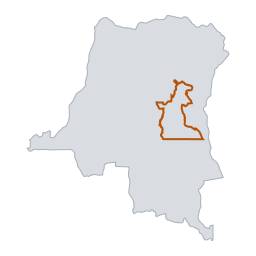 Maniema on a map of Democratic Republic of the Congo (Robinson projection)
{"feature_id": "COD-1895", "entity_name": "Maniema", "entity_type": "Province", "adm_level": 1, "iso_a3": "COD", "parent_name": "Democratic Republic of the Congo", "parent_adm1": "", "projection": "robinson", "projection_center": [26.456, -2.545], "detail": "fine", "context": "in_parent", "style": "outline", "palette": "amber", "viewbox_px": 256, "rotation_deg": 0, "n_neighbors": 0, "source": "natural_earth", "source_scale": "10m", "svg_char_len": 8467}
<svg xmlns="http://www.w3.org/2000/svg" viewBox="0 0 256 256"><path d="M223.2,177.5L203.6,181.0L204.0,182.3L203.9,183.6L203.3,184.6L201.3,187.3L198.4,189.9L198.4,190.5L199.9,193.3L200.8,197.2L200.5,203.9L200.9,205.8L200.9,207.2L199.9,208.8L197.9,217.0L199.2,220.9L203.1,224.6L205.3,227.4L209.1,228.4L209.7,228.2L210.0,225.9L213.0,225.1L213.0,239.6L212.7,240.5L212.2,240.6L211.5,240.2L211.2,238.8L210.4,238.2L206.7,240.0L205.8,239.9L204.7,239.6L204.0,238.9L203.8,237.8L201.2,233.5L199.9,233.2L198.4,229.4L192.6,226.6L190.4,226.4L189.2,225.5L188.0,222.5L186.1,220.6L185.6,218.4L185.3,218.1L184.1,218.6L183.0,222.0L181.7,222.8L179.3,222.9L173.3,221.9L169.0,220.1L167.9,220.2L166.2,218.7L165.5,216.0L165.9,214.0L165.5,213.7L159.0,215.4L157.4,216.4L155.9,216.2L155.5,215.6L156.1,214.2L155.8,212.7L155.3,212.0L153.4,211.5L152.8,209.9L151.6,209.6L151.2,209.9L150.9,211.0L150.2,211.3L146.3,210.8L142.2,212.2L136.8,211.9L134.2,213.6L133.8,213.5L133.2,212.6L132.7,209.9L133.0,209.1L133.8,208.6L134.1,207.5L133.8,204.6L134.0,203.9L133.7,202.3L132.9,199.7L131.7,197.5L129.3,194.3L128.8,192.8L129.0,189.2L129.8,183.5L129.7,179.3L128.6,176.5L128.4,173.6L129.1,168.2L128.4,166.9L116.0,166.5L115.5,166.1L115.2,165.4L115.8,162.2L108.2,163.0L106.0,163.6L104.6,164.9L104.1,166.5L104.1,168.8L103.0,171.0L102.6,174.8L100.5,175.2L98.5,175.2L94.4,174.4L90.5,175.5L88.6,176.5L87.6,176.0L84.0,176.4L83.6,176.1L79.5,168.7L77.7,166.3L77.3,165.0L77.5,163.9L77.0,162.4L75.1,158.6L74.7,156.8L74.8,154.1L74.6,153.1L72.9,150.7L71.7,150.0L70.5,149.5L50.2,149.9L43.5,149.4L38.6,149.7L36.1,149.5L35.5,149.2L33.2,149.7L32.1,150.7L30.3,151.2L29.2,151.0L27.1,148.3L30.0,147.8L30.2,147.5L30.3,140.9L29.5,140.0L31.1,138.9L33.5,136.0L35.9,135.0L36.3,134.4L36.8,134.4L37.7,135.6L39.7,137.2L42.3,135.8L42.6,135.4L42.9,132.6L43.6,132.4L44.7,133.0L45.3,133.0L46.4,132.2L49.7,130.7L50.7,132.5L49.8,134.2L50.2,135.3L50.3,137.1L50.8,137.5L53.4,137.7L54.2,137.3L59.3,130.8L60.7,130.1L62.9,127.5L65.7,126.4L67.0,124.3L68.6,120.7L69.4,115.5L69.1,106.5L69.3,105.3L72.8,101.2L76.3,93.8L78.7,91.9L80.6,91.1L83.3,88.4L85.6,85.7L85.3,82.5L85.8,79.8L87.0,76.3L87.4,72.7L87.0,68.8L87.2,65.7L88.8,60.7L89.0,55.0L90.5,50.1L93.4,44.0L94.8,39.5L94.6,35.0L95.0,31.7L94.8,29.7L94.3,28.0L94.6,27.0L95.7,26.5L97.1,24.8L99.6,20.4L102.3,18.3L104.2,17.6L106.2,17.6L107.4,18.0L109.5,19.8L111.9,21.2L113.6,22.9L115.4,25.6L119.6,26.2L121.4,27.1L122.5,27.5L122.9,27.2L123.8,27.4L125.7,28.2L127.3,27.7L135.1,29.5L136.0,28.6L138.2,24.0L139.8,22.4L142.5,22.3L144.6,23.1L145.7,23.2L155.2,19.2L156.5,19.0L159.9,19.9L162.2,19.3L163.1,19.5L165.1,18.8L166.7,16.0L168.0,15.4L181.7,18.4L183.8,16.9L184.8,16.7L187.9,17.8L188.8,19.5L190.6,21.0L192.0,23.4L194.0,24.7L195.0,26.0L196.2,26.9L198.7,27.2L201.9,25.0L204.1,25.3L206.4,26.5L207.2,26.4L208.9,25.1L209.8,23.8L210.6,23.5L212.0,24.1L213.0,25.3L214.0,27.2L217.4,31.3L220.8,33.1L221.6,35.6L222.8,35.4L223.4,35.6L224.3,37.2L224.9,37.6L225.0,38.2L224.2,39.7L223.4,42.6L224.4,44.4L223.6,47.0L223.1,49.7L224.2,50.3L225.6,50.3L226.9,51.7L227.9,51.9L228.9,53.4L228.7,54.6L225.4,58.9L220.5,64.3L218.8,64.9L218.0,65.9L217.4,67.4L215.9,68.8L214.8,69.3L214.7,73.1L213.1,77.1L212.4,77.9L211.5,84.4L211.7,85.6L210.8,90.9L210.9,95.8L208.5,97.3L206.9,99.8L206.2,101.5L206.2,105.5L203.5,107.9L203.3,108.5L204.0,111.3L205.0,111.8L205.0,112.7L207.2,115.8L207.0,125.2L207.2,126.1L208.3,128.3L209.1,132.5L208.2,137.9L211.2,147.8L209.8,151.5L210.5,154.9L212.3,158.6L216.5,162.1L217.6,163.6L218.6,165.6L219.6,168.7L223.2,177.5Z" fill="#d9dde1" stroke="#a8b0b8" stroke-width="1"/><path d="M159.7,108.8L159.5,108.7L159.3,108.5L159.0,108.1L158.0,105.9L157.0,104.4L156.9,104.0L156.7,103.3L156.6,102.4L160.7,102.6L161.2,102.5L162.3,102.4L162.5,102.4L162.5,102.5L163.1,102.9L163.2,103.0L163.2,103.4L163.2,103.5L163.0,103.8L163.0,104.0L163.4,104.3L163.6,104.4L163.9,104.4L164.4,104.5L164.9,104.5L165.4,104.3L165.8,104.1L167.6,101.9L168.0,101.6L168.3,101.4L168.6,101.3L168.8,101.3L169.0,101.3L169.5,101.6L169.8,101.6L170.0,101.6L170.5,101.5L171.0,101.4L171.3,101.0L171.3,100.7L171.3,99.7L171.4,99.4L171.6,98.7L171.6,98.4L171.5,97.9L171.5,96.3L171.5,95.8L171.8,96.2L172.0,96.5L172.3,96.7L172.3,96.9L172.7,97.0L172.9,97.0L173.1,97.0L173.2,96.8L173.2,96.6L173.4,96.4L173.4,96.2L173.3,95.9L173.6,95.7L173.8,95.3L173.8,94.9L173.7,94.7L173.8,94.6L174.0,94.4L174.3,94.2L174.3,93.9L174.5,93.8L174.5,93.2L174.6,92.8L174.7,92.6L174.5,92.2L174.6,91.1L174.7,90.7L174.8,90.5L175.6,90.1L175.9,89.8L176.1,89.7L176.1,89.2L175.8,86.7L175.9,86.3L176.1,86.0L177.0,85.1L177.2,84.9L177.3,84.7L177.2,84.4L177.2,84.2L176.9,83.8L175.7,82.9L175.3,82.4L174.8,81.8L174.2,81.4L174.2,81.2L174.4,80.5L174.6,80.3L174.7,80.2L174.8,80.2L174.9,80.3L175.1,80.4L175.2,80.6L175.5,80.7L175.8,81.1L175.9,81.3L176.0,81.4L176.3,81.4L176.5,82.1L176.8,82.1L176.8,82.3L177.1,82.6L177.5,82.7L177.6,83.2L177.8,83.5L178.0,83.6L178.4,83.5L178.9,83.5L179.0,83.5L179.4,83.3L179.8,82.8L180.4,82.8L181.4,82.2L181.6,82.2L181.8,82.2L181.8,81.8L181.8,81.7L182.0,81.5L182.3,81.8L182.7,81.9L182.9,82.1L183.1,82.2L183.3,82.3L183.5,82.3L183.8,82.5L184.1,82.7L184.2,82.8L184.3,82.9L184.3,83.2L184.4,83.4L184.6,83.6L184.8,83.7L184.9,84.0L185.0,84.1L185.4,84.2L185.5,84.3L186.0,84.4L186.7,84.5L187.0,84.6L187.3,85.0L187.5,85.1L187.9,85.1L188.5,84.9L188.8,85.0L189.0,85.3L189.6,85.3L189.9,85.4L190.7,85.8L191.2,85.9L191.4,85.9L192.2,86.9L192.3,87.3L192.3,87.5L192.2,88.1L191.9,88.9L191.8,89.5L191.7,89.6L190.9,90.2L190.7,90.3L190.0,90.3L189.4,90.4L189.3,90.2L189.1,90.2L188.9,90.0L188.6,90.1L188.4,90.1L187.8,90.5L187.6,90.5L187.3,90.5L187.0,90.7L186.6,90.9L186.4,91.1L186.4,91.5L186.4,91.9L186.4,92.0L186.5,92.1L186.6,92.3L186.7,92.6L186.9,92.8L187.1,93.0L187.1,93.4L187.0,93.5L186.8,93.3L186.6,93.4L186.4,93.3L186.3,93.2L186.2,93.3L186.0,93.5L185.8,93.6L185.9,94.1L186.2,94.5L188.4,97.4L188.9,98.4L189.1,98.7L189.3,98.9L190.0,99.6L190.4,100.2L190.6,100.4L191.0,100.6L191.1,100.8L191.2,101.2L191.2,102.1L191.3,102.4L191.7,103.2L188.2,103.4L188.0,103.5L187.8,103.7L187.8,104.2L187.6,104.6L187.5,104.8L187.3,105.0L187.0,105.3L186.6,105.6L186.3,105.7L185.7,105.9L185.5,106.1L185.4,106.0L185.2,105.8L184.9,105.9L184.8,105.7L184.7,105.7L184.4,105.7L184.0,105.2L183.9,105.1L183.6,105.1L183.4,105.0L183.1,105.0L182.8,104.9L182.4,104.7L182.2,104.7L182.0,105.2L181.8,106.7L181.7,108.4L181.7,108.7L181.8,109.3L182.5,111.5L182.7,112.0L182.8,112.2L182.8,112.8L182.8,113.0L183.1,113.2L183.6,113.9L184.1,114.4L184.3,114.9L184.2,115.3L184.4,115.8L184.6,116.0L184.8,116.4L184.8,116.7L184.6,116.8L184.7,117.0L184.8,117.1L184.8,117.4L184.9,117.7L184.9,118.1L184.9,118.3L185.0,118.4L185.0,118.5L184.6,119.1L184.5,119.3L184.6,119.5L184.6,119.8L184.8,119.8L184.8,120.3L184.9,120.8L185.0,121.0L184.6,123.6L184.6,123.9L184.6,124.1L184.7,124.4L184.9,124.8L185.3,125.4L185.5,125.6L187.2,126.2L188.0,126.6L188.8,126.8L190.6,126.8L191.0,126.9L191.4,127.0L191.8,127.3L192.4,128.0L192.8,128.3L193.2,128.4L194.1,128.8L194.3,128.8L194.5,128.7L194.5,129.1L194.5,129.3L194.8,129.3L195.2,129.6L195.4,129.2L195.5,129.0L195.7,128.9L195.9,128.8L196.1,128.8L196.3,128.8L196.7,129.2L197.3,129.6L197.8,130.3L197.9,130.5L199.0,131.3L199.2,131.5L199.4,131.7L200.7,134.5L201.1,135.4L202.1,138.0L202.2,138.3L202.4,138.6L202.9,139.2L163.5,139.1L163.3,139.1L163.0,139.0L162.6,137.9L162.5,137.6L162.5,137.4L162.2,137.1L162.0,136.7L161.8,136.5L161.6,136.3L161.4,136.2L161.2,135.5L161.0,135.4L160.9,134.9L161.1,134.3L161.3,134.0L161.5,133.9L161.6,133.7L162.0,133.1L162.5,132.7L162.3,131.9L162.2,131.8L162.3,130.8L162.5,130.5L162.6,130.3L162.5,130.2L162.4,130.0L162.4,129.6L162.5,129.3L162.5,129.2L162.3,128.9L162.3,128.7L162.4,128.4L162.2,128.3L162.1,127.8L162.0,127.5L161.9,127.5L161.7,127.6L161.3,127.3L161.3,126.8L161.3,126.7L161.0,126.4L160.8,126.0L160.7,126.2L160.4,125.8L160.4,125.6L160.3,125.4L160.4,125.2L160.0,125.1L159.9,125.1L160.0,124.9L159.8,124.8L159.7,124.7L159.6,124.3L159.7,124.2L160.0,123.8L160.3,123.4L160.2,123.0L160.0,122.1L160.0,121.8L160.0,121.7L160.3,121.6L160.3,121.3L160.3,121.2L160.1,120.8L160.1,120.6L160.3,120.6L160.5,120.5L160.7,120.4L160.7,120.1L160.8,120.1L161.0,119.7L161.3,119.5L161.4,119.4L161.4,118.4L161.5,118.3L161.9,118.3L162.0,118.2L162.0,117.8L162.1,117.7L162.3,117.5L162.5,117.0L162.6,116.8L162.5,116.5L162.6,116.2L162.4,116.1L162.5,115.9L162.7,116.0L162.8,115.9L162.6,115.6L162.6,115.1L162.7,114.9L162.8,114.6L163.1,114.1L163.2,113.6L163.5,112.6L163.6,112.4L163.6,112.2L163.4,111.4L163.3,110.6L163.2,110.2L163.4,109.6L163.5,108.5L159.7,108.8Z" fill="none" stroke="#b45309" stroke-width="2"/></svg>